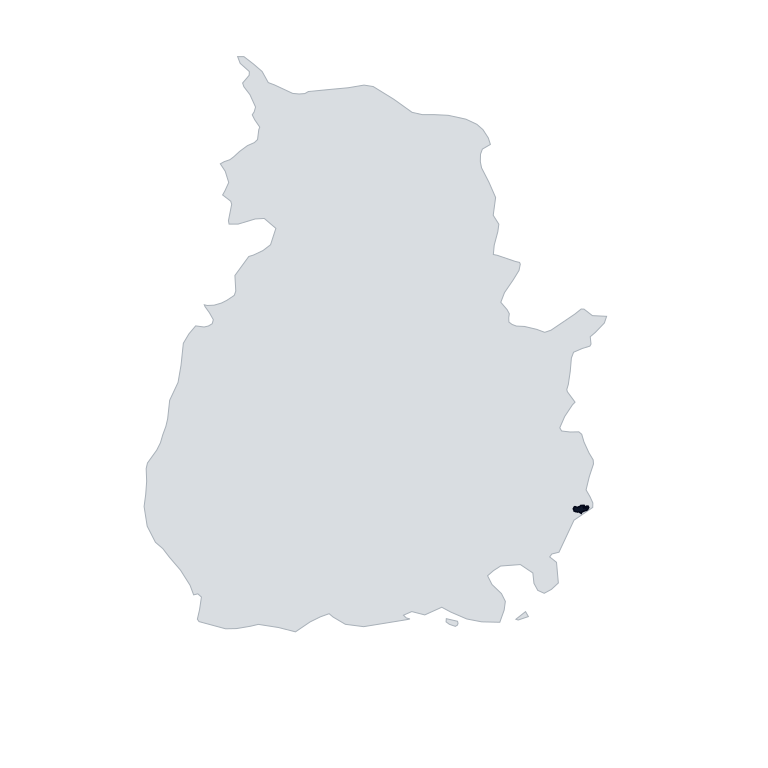 Damnak Chang'aeur, Kep, Cambodia shown in context, rotated 287°
{"feature_id": "14789045B40625138600094", "entity_name": "Damnak Chang'aeur", "entity_type": "district", "adm_level": 2, "iso_a3": "KHM", "parent_name": "Cambodia", "parent_adm1": "Kep", "projection": "orthographic", "projection_center": [104.383, 10.512], "detail": "fine", "context": "in_parent", "style": "filled", "palette": "ink", "viewbox_px": 768, "rotation_deg": 287, "n_neighbors": 0, "source": "geoboundaries", "source_scale": "gbopen_adm2", "svg_char_len": 5575}
<svg xmlns="http://www.w3.org/2000/svg" viewBox="0 0 768 768"><g transform="rotate(287 384 384)"><path d="M654.3,148.3L656.1,154.3L651.8,165.7L647.2,176.1L638.4,185.2L638.0,191.8L635.2,211.7L636.5,218.0L638.6,223.4L641.6,226.2L649.6,245.5L656.8,263.1L664.0,277.5L665.3,286.7L659.2,310.0L652.0,331.4L652.8,342.0L656.1,352.6L659.7,366.8L661.2,384.9L659.5,396.8L656.2,404.2L649.8,411.8L644.2,415.7L637.4,409.4L632.0,409.1L624.8,411.1L619.2,414.1L607.7,425.3L595.0,436.2L577.3,439.1L570.4,447.1L563.0,448.3L549.0,448.8L539.8,450.7L540.2,454.7L539.6,473.7L539.9,478.1L538.4,479.3L532.1,479.9L521.3,477.1L506.6,472.5L496.3,471.8L491.0,480.1L487.8,483.3L483.9,483.9L479.8,485.3L478.4,489.0L478.1,493.7L480.1,501.5L480.9,514.1L480.4,522.6L484.3,528.0L506.7,546.1L513.3,550.6L514.1,553.3L510.3,563.3L513.8,577.1L506.8,576.9L495.1,571.0L489.5,567.4L482.7,570.3L480.4,569.8L475.8,563.0L469.8,556.0L463.6,555.6L450.6,558.4L437.3,560.4L432.2,560.4L430.2,561.6L422.5,572.0L419.2,570.3L405.8,566.3L393.5,564.9L391.0,567.6L392.5,576.0L395.2,584.3L393.7,587.8L387.0,592.2L378.1,600.1L372.6,606.2L368.8,607.7L355.3,607.4L341.8,608.2L336.4,614.0L331.3,618.5L327.0,619.7L309.3,605.5L274.3,600.5L270.5,594.2L267.1,593.0L263.9,601.1L244.7,608.9L236.6,604.2L230.7,598.4L231.6,591.4L237.2,585.7L246.8,581.6L251.2,567.2L244.0,548.7L237.6,543.3L230.9,539.1L223.8,545.9L217.9,557.6L211.6,563.6L202.9,565.0L190.0,564.4L185.1,546.9L183.5,531.8L185.4,514.7L187.4,504.5L175.1,490.5L174.5,477.1L168.6,470.2L166.8,473.7L166.9,477.5L165.3,474.7L146.0,435.5L142.9,417.3L146.3,403.3L148.3,398.7L142.8,391.3L134.9,382.9L121.1,371.8L120.3,354.5L117.4,334.1L113.3,327.1L107.0,314.5L103.6,304.1L102.7,276.6L104.5,274.3L114.3,273.6L126.9,271.7L128.9,267.3L126.7,263.6L134.8,257.4L146.5,243.8L155.5,229.6L161.9,220.6L165.8,211.7L178.8,199.1L196.7,190.4L208.8,188.4L221.5,185.5L233.6,181.3L239.3,180.9L254.3,186.0L262.4,187.4L270.9,187.3L279.7,187.8L287.4,187.3L305.8,183.8L325.3,186.6L342.7,184.4L364.3,180.2L374.9,182.8L384.5,186.9L385.9,195.3L388.1,199.1L391.4,202.1L395.6,202.0L401.1,196.2L405.7,190.2L407.2,189.0L407.4,192.0L409.7,198.5L413.9,204.9L418.0,209.2L425.0,214.9L429.5,215.1L444.2,209.7L466.4,217.4L469.0,221.3L476.2,229.2L484.0,234.8L501.2,235.1L507.3,221.1L504.2,212.6L494.3,197.8L491.6,189.1L494.7,187.5L511.3,185.8L514.0,184.0L517.6,174.4L522.1,175.4L531.3,176.6L541.0,170.0L546.7,163.1L549.9,166.2L553.4,171.0L557.2,173.8L564.2,177.9L572.0,183.7L576.9,189.4L580.8,191.6L590.6,189.9L593.3,190.1L598.9,183.1L602.9,179.3L606.3,180.3L611.3,180.2L621.5,171.2L627.3,163.1L630.5,160.8L639.8,164.8L643.4,163.9L648.6,152.7L654.3,148.3ZM178.6,523.7L176.7,524.8L174.9,524.7L173.1,523.1L173.3,516.8L174.7,512.9L177.8,512.2L178.6,523.7ZM207.7,585.9L203.8,590.1L197.5,581.3L197.6,578.9L207.7,585.9Z" fill="#d9dde1" stroke="#a8b0b8" stroke-width="1"/><path d="M320.0,601.5L319.9,601.8L319.6,602.0L319.4,602.1L319.2,602.1L319.1,602.3L318.9,602.5L318.7,602.7L318.6,602.8L318.4,602.8L318.2,602.8L318.0,603.0L318.1,603.3L318.1,603.5L318.1,603.8L318.0,604.0L318.0,604.3L317.9,604.4L318.0,604.6L318.1,604.8L318.2,605.0L318.1,605.3L318.1,605.5L318.2,605.8L318.2,606.0L318.1,606.3L318.1,606.5L318.3,606.6L318.4,606.9L318.5,607.0L318.6,607.3L318.7,607.5L318.8,607.7L318.8,607.8L318.7,607.9L318.7,608.0L318.5,608.3L318.4,608.5L318.4,608.8L318.3,609.1L318.3,609.3L318.3,609.5L318.3,609.8L318.2,609.9L318.2,610.0L317.9,610.3L317.9,610.5L318.0,610.5L318.1,610.4L318.3,610.4L318.5,610.3L318.8,610.4L318.9,610.5L319.0,610.5L319.3,610.7L319.3,610.8L319.5,610.9L319.6,611.0L319.8,611.1L320.0,611.3L320.1,611.5L320.3,611.6L320.5,611.8L320.5,612.0L320.8,612.2L320.8,612.3L321.0,612.4L321.0,612.5L321.2,612.8L321.3,612.9L321.4,613.0L321.5,613.1L321.6,613.3L321.7,613.5L321.8,613.6L322.0,613.9L322.0,614.0L322.2,614.3L322.3,614.4L322.3,614.5L322.5,614.6L322.8,614.8L322.8,615.0L323.0,615.2L323.3,615.3L323.5,615.4L323.8,615.4L323.9,615.5L324.0,615.5L324.3,615.7L324.5,615.7L324.8,615.6L325.0,615.7L325.2,615.8L325.3,615.7L325.4,615.8L325.5,615.8L325.8,615.9L326.6,615.1L326.9,614.9L326.9,614.6L326.7,614.5L326.5,614.4L326.5,614.2L326.4,614.1L326.3,613.9L326.2,613.8L325.9,613.8L325.8,613.7L325.7,613.6L325.8,613.5L326.0,613.5L326.1,613.4L326.3,613.2L326.2,613.1L325.9,612.8L325.7,612.8L325.6,613.0L325.6,613.3L325.4,613.2L325.2,613.2L325.1,613.3L324.8,613.6L324.7,613.6L324.6,613.4L324.7,613.2L324.4,613.1L324.3,613.3L324.2,613.3L324.2,613.2L324.2,612.8L324.4,612.7L324.5,612.7L324.5,612.8L324.6,613.0L324.7,612.9L324.8,612.7L325.0,612.2L325.0,611.8L324.9,611.7L324.8,611.8L324.7,611.9L324.7,612.1L324.5,611.9L324.4,611.8L324.3,611.7L324.2,611.6L324.0,611.4L324.3,611.3L324.4,611.2L324.2,610.9L324.3,610.8L324.3,610.7L324.5,610.7L324.8,610.7L325.0,610.6L324.9,610.8L324.7,611.0L324.8,611.1L325.0,611.1L325.3,611.4L325.5,611.4L325.8,611.2L326.2,611.1L326.4,611.0L326.5,610.9L326.5,610.7L326.4,610.6L326.3,610.4L326.2,610.4L325.9,610.4L325.8,610.2L326.0,610.0L326.0,609.9L326.1,609.7L326.0,609.4L325.9,609.2L325.7,609.1L325.6,608.9L325.6,608.6L325.6,608.4L325.6,608.1L325.5,607.8L325.4,607.7L325.1,607.6L324.9,607.5L324.8,607.4L324.7,607.4L324.4,607.4L324.2,607.2L323.9,607.2L323.9,606.9L323.9,606.7L323.7,606.4L323.6,606.2L323.4,606.0L323.3,605.9L323.2,605.9L323.0,605.7L322.8,605.6L322.7,605.5L322.7,605.4L322.5,605.1L322.6,604.9L322.6,604.6L322.5,603.9L322.5,603.7L322.6,603.3L322.6,603.0L322.6,602.5L322.5,602.3L322.3,602.1L321.9,601.8L321.7,601.8L321.5,601.7L321.4,601.7L321.4,601.8L321.3,602.2L321.3,602.4L321.2,602.2L320.9,601.8L320.8,601.7L320.3,601.5L320.0,601.5Z" fill="#0f172a" stroke="#020617" stroke-width="1.5"/></g></svg>